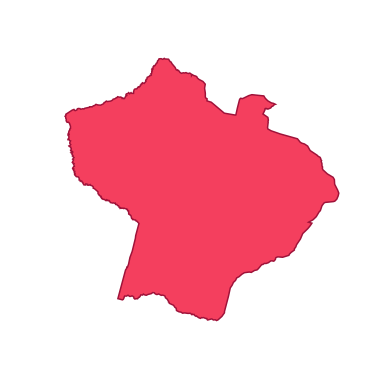 the district of Sikonge, Tabora, United Republic of Tanzania, rotated 15°
{"feature_id": "72390352B96655451787370", "entity_name": "Sikonge", "entity_type": "district", "adm_level": 2, "iso_a3": "TZA", "parent_name": "United Republic of Tanzania", "parent_adm1": "Tabora", "projection": "mercator", "projection_center": [32.873, -6.086], "detail": "fine", "context": "isolated", "style": "filled", "palette": "rose", "viewbox_px": 384, "rotation_deg": 15, "n_neighbors": 0, "source": "geoboundaries", "source_scale": "gbopen_adm2", "svg_char_len": 5936}
<svg xmlns="http://www.w3.org/2000/svg" viewBox="0 0 384 384"><g transform="rotate(15 192 192)"><path d="M148.0,314.2L152.7,314.2L153.4,313.5L153.6,312.6L153.8,310.0L155.9,309.4L156.5,308.5L157.1,308.3L158.7,309.0L160.0,308.6L160.8,307.9L161.5,307.9L162.9,308.5L163.5,309.7L164.6,310.2L165.4,309.6L167.1,309.2L167.7,307.6L168.3,307.4L168.8,306.4L169.2,304.6L171.0,304.3L171.4,303.2L173.3,303.7L174.7,303.5L175.9,302.4L179.0,300.7L180.1,299.3L181.7,299.1L182.4,299.7L184.0,300.2L185.1,299.9L186.2,299.1L189.0,299.8L189.8,299.3L191.6,299.2L192.9,299.6L193.7,301.0L195.7,301.9L197.5,303.5L197.7,304.3L198.5,304.5L198.9,305.4L203.5,306.2L205.3,307.8L206.8,308.4L207.7,310.5L210.4,311.1L212.5,310.9L214.2,311.5L216.2,310.7L219.6,310.3L221.0,309.8L222.0,309.6L223.5,310.5L224.0,309.9L224.7,310.2L225.6,309.7L226.8,310.7L228.0,311.0L228.4,310.6L230.7,311.6L232.8,311.9L233.8,310.8L234.3,310.9L235.6,310.3L237.8,310.6L239.1,310.4L239.6,311.3L240.3,311.6L243.6,309.6L244.5,309.6L245.7,310.1L247.5,309.4L249.0,309.8L250.3,308.7L253.1,304.4L254.6,300.3L254.3,298.9L254.2,283.2L253.8,274.8L254.9,271.6L255.4,268.6L256.9,266.2L257.4,263.4L259.4,261.6L261.3,258.7L263.5,256.4L268.0,254.5L270.1,254.3L272.7,251.6L275.0,250.4L275.9,249.0L278.1,244.1L279.2,243.7L280.3,242.3L282.0,241.9L284.1,240.5L285.9,238.2L287.3,237.7L288.4,237.8L289.3,237.2L290.0,235.5L289.9,233.9L290.3,233.4L291.7,232.4L296.4,231.6L302.0,228.1L302.2,226.8L303.3,224.8L305.9,221.6L305.6,220.4L306.5,218.2L306.6,216.0L308.9,209.3L309.7,203.5L313.3,197.5L314.9,194.0L315.9,191.1L312.4,191.0L316.1,187.5L318.4,183.7L319.9,178.4L320.8,176.8L321.1,171.6L322.3,168.6L323.3,167.6L331.0,164.7L332.3,163.9L333.7,161.5L334.2,158.0L334.1,155.1L332.2,152.5L327.8,147.6L326.3,143.1L324.5,141.3L318.1,139.5L312.6,136.6L311.7,135.2L311.7,134.1L310.8,133.1L310.1,130.8L308.9,129.1L309.0,128.0L307.9,127.2L307.7,126.4L306.8,125.4L304.5,124.8L303.4,124.1L295.4,121.4L291.8,117.7L288.2,116.5L285.2,116.4L283.5,115.8L280.1,113.3L262.3,113.1L252.6,112.4L249.0,111.5L248.3,110.2L247.5,104.8L247.1,103.9L247.2,102.9L246.0,100.3L240.4,98.3L241.2,93.9L240.9,93.1L241.2,92.4L242.0,92.5L242.1,92.1L243.7,92.3L243.7,92.0L244.5,91.8L246.3,90.4L246.9,88.8L247.9,88.1L248.9,86.3L249.8,85.7L247.7,85.3L245.6,85.4L241.6,84.3L238.5,82.5L236.5,80.6L224.6,82.5L221.9,84.2L216.7,88.7L214.7,88.9L214.3,89.5L214.0,90.6L214.1,99.2L214.4,106.2L213.7,106.5L202.8,107.5L187.4,100.3L182.9,100.1L182.4,98.0L180.9,97.6L180.3,96.8L179.3,93.1L177.3,88.5L176.9,84.4L174.0,82.4L169.5,81.4L167.7,80.5L166.9,79.5L165.8,79.1L163.3,79.0L162.0,78.5L161.7,78.6L161.4,79.6L161.0,78.4L159.1,77.7L158.0,78.4L156.3,78.5L155.3,78.2L154.0,79.0L152.7,79.1L151.1,80.1L149.4,79.6L147.6,78.1L146.7,78.3L146.4,77.8L145.8,78.2L145.1,78.0L143.4,76.0L139.1,73.0L138.4,72.0L137.1,71.7L135.0,69.8L131.4,70.5L130.6,70.1L129.5,71.4L127.6,71.2L125.7,71.9L125.4,73.4L124.8,74.3L124.9,76.3L124.3,76.7L123.6,79.4L122.7,79.7L122.4,80.2L122.6,80.7L122.1,81.0L122.3,82.6L121.6,83.0L121.9,83.4L121.6,83.8L122.2,84.0L121.8,84.4L122.3,85.3L121.8,85.6L122.3,87.4L122.1,88.5L121.8,88.6L122.5,89.5L122.2,90.0L121.2,90.3L121.0,91.1L119.0,92.9L119.2,94.2L119.0,95.0L118.6,95.1L118.4,96.3L118.9,97.0L117.7,99.5L116.0,99.3L116.0,99.8L115.5,100.0L115.6,100.7L115.0,100.9L114.9,102.0L114.5,102.1L114.5,103.5L113.3,104.1L113.5,104.6L112.7,104.7L112.0,106.6L110.2,107.3L109.7,108.0L109.6,110.0L110.0,111.9L108.1,112.3L107.4,111.8L106.4,113.2L105.1,112.4L104.4,113.6L103.5,114.0L103.0,114.7L103.1,115.4L103.9,115.8L103.2,116.5L102.6,119.2L101.4,119.6L101.1,119.1L100.6,119.1L100.2,119.6L99.7,119.0L98.6,118.7L97.5,119.2L95.5,119.2L95.2,120.2L94.4,120.5L94.2,121.1L92.7,122.4L91.9,122.6L91.4,123.9L89.8,125.3L86.6,126.6L85.9,126.3L85.4,126.7L84.6,128.0L83.9,128.4L83.9,129.3L83.2,130.1L81.2,131.8L78.5,132.3L76.6,132.2L76.2,132.5L75.7,133.6L74.4,134.3L73.6,135.5L71.0,136.2L71.0,136.7L66.7,138.9L66.1,139.8L65.0,139.8L63.1,140.9L62.2,140.4L60.4,140.8L59.7,141.4L59.5,142.6L58.2,143.6L57.6,143.6L56.6,142.8L55.0,144.0L50.0,149.6L50.4,150.5L49.8,151.7L50.5,152.1L51.0,153.5L51.7,154.2L52.0,155.8L53.3,157.0L54.6,156.6L55.8,157.3L57.6,159.9L58.2,162.1L57.6,162.9L57.9,163.8L57.4,164.9L57.5,167.2L58.4,168.0L58.3,168.3L57.3,168.3L57.4,168.8L57.7,169.5L58.5,169.8L58.7,170.3L59.1,171.7L58.5,173.2L58.7,173.6L59.7,173.2L60.4,173.9L61.5,174.1L61.1,175.5L61.5,176.9L62.6,177.6L62.0,179.0L61.2,179.4L61.5,179.7L63.3,180.1L63.4,180.7L64.1,181.1L64.4,182.7L63.9,183.1L64.3,183.7L65.9,183.8L66.4,184.2L65.0,185.4L66.3,185.8L66.3,186.6L66.9,186.9L67.2,188.2L67.8,188.0L68.0,188.7L69.1,189.3L68.2,191.2L69.3,191.7L68.7,194.4L70.5,195.0L70.0,195.5L70.9,196.3L71.7,197.7L71.2,197.9L70.5,200.0L71.1,200.7L71.5,200.2L71.9,200.3L72.0,201.7L72.5,202.3L73.4,202.4L73.2,203.5L74.2,204.3L73.8,204.9L74.1,205.5L74.7,205.7L74.6,206.0L76.3,207.1L78.0,206.9L78.8,207.2L79.7,208.5L79.8,209.5L80.4,209.4L81.3,210.5L81.7,210.0L82.7,210.0L83.0,210.7L84.1,211.0L84.3,211.7L85.8,213.1L87.2,212.8L87.4,211.6L89.1,211.6L89.1,212.4L90.8,212.1L91.7,211.2L92.3,211.8L93.5,211.8L94.7,212.2L95.3,212.7L95.6,213.9L96.8,214.0L101.1,216.1L101.7,218.0L103.2,218.8L103.2,219.2L104.1,219.4L105.0,220.3L105.4,219.9L106.4,221.7L107.2,221.5L107.8,222.1L109.3,221.9L111.1,222.6L111.4,221.7L111.9,222.0L112.4,221.7L112.5,222.0L113.0,221.8L113.4,222.2L114.3,221.7L115.9,223.3L118.4,223.2L119.0,222.8L120.5,223.0L120.8,222.7L121.5,223.8L122.7,223.5L123.6,224.4L124.6,224.3L125.5,225.3L125.5,225.6L126.2,226.0L126.8,225.7L127.0,226.3L127.5,225.9L128.1,226.0L128.5,225.6L130.1,225.7L130.4,225.2L132.0,225.4L132.8,225.2L133.5,225.7L134.1,225.5L134.6,226.6L135.0,226.9L135.6,226.7L136.6,229.7L137.3,229.7L137.6,230.1L138.5,230.2L139.3,230.9L140.5,233.1L141.0,233.2L141.8,234.0L142.3,233.6L143.1,233.9L144.8,233.7L145.5,234.5L146.2,234.4L148.9,236.1L148.9,248.8L149.3,251.3L149.6,264.8L149.0,271.3L149.4,278.1L149.1,281.4L148.5,281.4L148.6,282.8L148.0,284.4L148.0,314.2Z" fill="#f43f5e" stroke="#9f1239" stroke-width="1.5"/></g></svg>